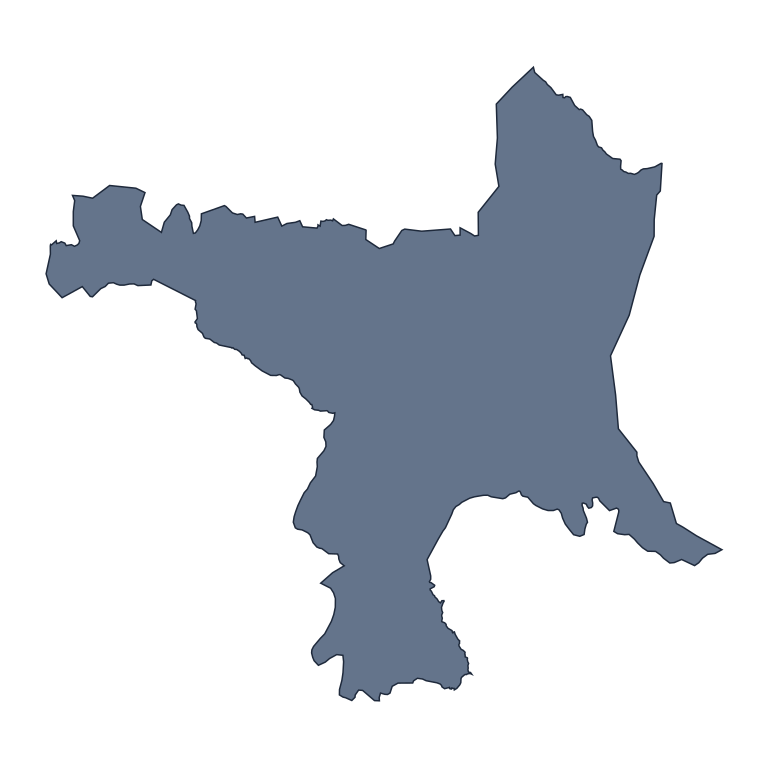 the district of Tamazulápam del Espíritu Santo, Oaxaca, Mexico
{"feature_id": "50627088B94442795805381", "entity_name": "Tamazulápam del Espíritu Santo", "entity_type": "district", "adm_level": 2, "iso_a3": "MEX", "parent_name": "Mexico", "parent_adm1": "Oaxaca", "projection": "robinson", "projection_center": [-96.035, 17.033], "detail": "fine", "context": "isolated", "style": "filled", "palette": "slate", "viewbox_px": 768, "rotation_deg": 0, "n_neighbors": 0, "source": "geoboundaries", "source_scale": "gbopen_adm2", "svg_char_len": 6090}
<svg xmlns="http://www.w3.org/2000/svg" viewBox="0 0 768 768"><path d="M320.7,583.2L330.6,588.2L333.6,592.9L335.4,598.5L335.3,607.3L333.8,614.5L331.4,621.3L324.7,633.9L320.4,638.3L313.6,646.4L311.9,649.8L311.6,652.9L312.7,657.3L314.1,660.7L318.4,665.3L325.3,662.1L329.6,658.5L336.7,654.6L342.9,655.3L343.6,661.7L343.0,672.7L341.9,680.3L339.5,689.5L339.4,694.9L343.0,697.1L345.5,697.7L351.8,700.5L355.0,697.3L355.2,695.0L358.6,690.1L362.6,690.4L374.5,700.6L379.4,700.8L379.2,697.5L380.5,693.1L384.8,694.3L387.5,694.5L390.0,693.1L392.2,686.3L398.0,683.1L412.7,683.0L413.6,680.8L417.4,678.3L422.5,679.0L426.1,680.7L436.9,682.8L440.1,684.0L441.5,685.4L442.0,686.9L444.6,688.7L449.4,687.4L449.5,688.4L450.0,688.8L451.4,689.0L451.4,688.1L452.1,688.0L452.9,688.4L454.1,688.4L454.3,689.9L456.8,688.4L459.8,684.8L460.8,682.7L461.0,678.6L461.6,677.3L464.3,675.0L465.1,674.5L466.7,674.5L467.3,673.9L470.1,673.5L471.7,674.2L470.5,672.5L468.6,672.1L468.3,671.6L467.9,669.5L468.2,668.1L467.9,665.6L468.6,663.4L467.8,661.9L467.3,659.7L467.5,658.2L467.2,657.7L465.2,656.9L465.1,654.7L464.7,654.0L465.1,652.8L464.9,652.0L463.1,650.3L461.1,649.3L459.1,646.1L458.8,644.7L459.6,643.2L459.4,641.8L459.7,641.0L457.9,639.2L455.2,634.4L454.4,631.9L453.7,632.0L452.9,632.9L452.5,632.5L452.0,630.6L448.0,628.3L446.2,625.8L446.1,624.3L444.7,622.8L441.9,621.7L441.7,621.3L442.3,618.2L441.7,616.1L441.7,614.9L442.7,612.6L441.8,610.4L441.5,607.3L443.0,603.1L444.1,601.2L443.9,600.6L441.9,600.7L440.4,602.9L438.6,601.6L437.1,599.0L434.8,596.8L434.5,595.7L433.1,594.8L431.3,591.1L430.2,590.1L430.1,588.9L434.2,586.7L434.7,585.3L431.0,582.6L429.7,582.4L429.4,581.6L430.7,579.3L430.7,575.9L427.1,559.6L438.3,539.0L442.9,531.1L445.4,527.8L451.8,514.0L453.3,509.8L455.9,506.5L459.3,504.5L461.8,502.3L469.7,498.2L474.5,496.8L483.3,495.3L487.7,495.2L491.2,496.8L502.8,498.7L505.5,497.9L509.8,494.2L516.0,492.7L518.6,491.1L519.7,491.2L520.5,492.3L521.4,494.8L522.9,496.2L527.8,497.2L533.4,503.7L535.9,505.5L542.6,508.9L548.0,510.5L553.4,510.5L557.2,509.1L559.0,509.8L561.3,513.3L562.6,518.1L565.3,524.1L569.4,529.5L573.6,534.7L579.8,536.3L584.1,534.5L584.9,529.0L586.3,524.1L587.5,522.3L586.5,518.2L583.3,510.4L583.1,508.1L582.1,505.5L582.2,503.3L583.4,503.0L586.3,504.2L587.4,506.6L588.8,508.2L591.4,507.5L592.6,505.9L592.7,503.0L592.1,499.8L592.6,497.9L596.2,497.2L597.6,497.4L598.6,498.4L599.8,500.9L609.5,510.6L616.5,508.1L618.1,508.9L618.8,510.3L618.7,512.2L613.8,531.4L617.6,533.7L624.7,534.7L629.1,534.4L634.4,539.1L637.6,542.9L642.5,547.7L647.7,551.2L655.6,551.4L660.4,554.8L663.5,558.2L669.8,563.0L674.2,562.6L681.6,559.5L694.6,565.6L698.7,562.8L702.5,558.2L707.7,554.3L715.1,553.4L721.9,549.7L696.5,535.8L683.2,527.3L676.4,523.5L670.3,503.0L663.6,501.6L653.2,483.6L638.8,462.1L636.9,455.9L636.9,452.2L618.4,428.8L615.6,394.9L610.5,355.8L629.2,315.2L639.8,275.1L654.1,236.3L654.2,219.7L656.7,195.1L660.3,191.0L662.0,163.5L661.2,163.3L654.7,166.9L647.2,168.6L643.3,168.9L641.0,170.0L638.5,172.4L636.8,173.4L634.4,174.4L630.7,173.3L628.2,173.4L626.0,172.1L623.7,171.5L622.2,170.0L620.7,169.2L620.6,166.2L621.1,160.7L620.0,159.2L612.7,158.5L606.4,154.0L604.8,151.8L602.9,150.1L601.5,147.8L598.6,146.9L597.4,145.4L595.5,140.2L593.5,136.5L592.6,131.3L591.8,120.4L589.2,116.4L586.7,114.7L582.6,109.9L580.6,109.1L579.2,109.6L574.7,105.5L570.3,97.4L567.3,96.5L565.7,96.6L564.6,97.8L563.0,97.5L562.8,94.4L558.6,95.2L556.2,94.8L550.9,87.6L547.3,84.5L545.6,81.8L543.3,80.3L534.7,72.5L533.4,67.2L512.1,87.2L496.3,104.1L497.4,138.0L495.2,164.1L498.9,186.4L478.2,212.3L478.4,235.3L474.6,236.0L470.6,233.4L460.1,227.8L460.1,235.1L454.9,235.6L450.5,229.0L421.7,231.2L404.7,229.1L401.8,230.5L394.6,241.1L393.2,243.9L379.3,248.5L365.8,239.5L366.1,230.2L365.5,229.8L348.7,224.3L345.3,225.4L342.1,225.5L333.4,218.9L332.6,220.8L330.8,220.1L327.9,220.3L326.4,219.7L325.0,220.9L323.0,221.4L320.9,221.1L320.1,226.1L318.0,224.9L318.0,226.2L317.0,228.1L302.6,226.8L299.8,220.7L295.4,222.3L286.9,223.5L281.8,226.1L277.7,217.1L255.1,222.3L254.6,216.4L246.4,218.0L242.8,214.1L240.6,213.8L237.3,214.5L232.4,212.9L226.0,206.5L224.4,205.6L201.4,213.8L201.2,220.6L199.8,225.9L197.7,229.9L195.4,232.9L193.4,233.4L191.9,226.2L191.7,222.7L189.5,218.5L189.5,216.2L187.8,212.2L184.0,205.4L181.1,205.1L178.4,203.9L176.5,204.8L172.1,209.6L170.3,214.9L164.3,222.2L161.4,232.4L142.3,219.5L140.4,206.4L145.0,192.6L135.9,188.2L109.6,185.5L92.6,198.2L83.1,196.2L72.5,195.4L74.7,200.6L73.3,211.5L73.3,225.9L79.7,240.7L78.9,243.4L77.4,244.9L74.5,246.3L71.4,244.7L66.2,245.6L64.8,243.1L61.2,241.7L59.3,242.9L56.7,243.5L56.2,240.8L51.5,244.9L50.6,244.4L50.3,245.9L50.4,254.2L46.1,273.8L49.2,284.0L62.1,297.7L82.3,286.6L90.2,296.4L92.5,296.8L100.8,288.6L105.2,286.5L108.4,283.2L113.4,282.7L116.7,284.2L119.8,285.1L124.2,285.1L129.6,284.0L134.1,283.9L137.8,285.6L150.9,285.0L151.8,280.8L153.6,279.3L195.6,300.6L195.4,301.8L196.1,303.8L195.1,309.2L196.4,310.7L197.4,318.6L195.0,322.0L195.3,323.0L196.2,323.2L196.8,324.6L196.9,326.7L198.1,329.6L202.5,333.4L203.9,336.9L205.3,338.3L209.7,339.0L214.3,342.5L216.5,343.0L219.2,345.0L231.5,347.6L232.0,348.1L232.9,347.7L234.7,349.3L236.7,349.5L239.5,351.4L241.3,353.3L242.1,354.9L244.2,355.3L245.2,358.5L246.7,358.0L248.0,358.8L248.7,358.6L250.5,360.5L251.6,362.8L255.4,366.0L262.1,370.9L270.7,375.4L276.4,375.5L279.2,374.6L280.4,374.8L284.9,378.0L288.2,378.4L292.5,380.1L293.5,380.9L295.5,384.0L298.5,387.1L299.3,388.6L299.9,392.2L302.1,396.0L305.8,398.9L309.4,402.5L310.7,404.4L311.8,404.5L312.6,407.3L311.9,408.3L314.6,409.8L318.6,410.3L320.4,411.1L326.8,410.7L327.6,411.0L328.7,412.4L329.9,412.7L332.9,413.3L334.8,412.8L334.5,416.2L333.5,420.5L330.7,424.4L324.3,430.0L323.9,437.4L325.8,441.9L326.0,446.4L323.9,450.8L317.4,458.4L317.0,462.0L317.3,466.7L315.6,476.0L310.4,482.8L307.4,489.1L304.2,492.7L300.3,500.5L297.9,505.6L295.7,511.6L294.1,516.8L293.3,522.2L295.3,527.8L297.6,529.2L302.1,529.9L307.7,532.7L310.0,534.8L313.1,542.7L316.8,547.0L319.6,548.2L321.9,548.6L328.7,553.7L337.6,554.0L338.6,556.2L338.8,559.0L340.2,562.6L344.2,565.8L332.6,572.7L320.7,583.2Z" fill="#64748b" stroke="#1e293b" stroke-width="1.5"/></svg>